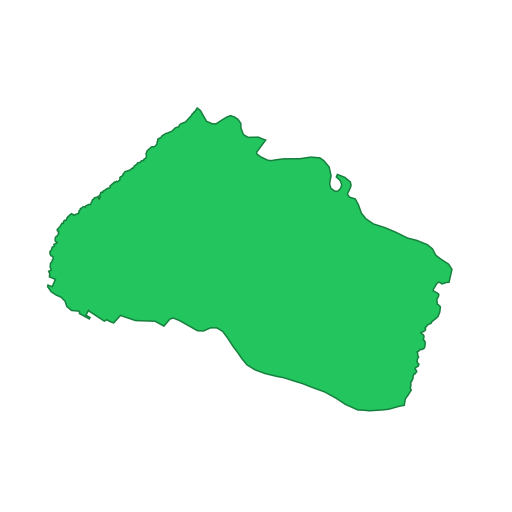 Ysyk-Ata, Chuy, Kyrgyzstan (Albers equal-area conic projection), rotated 292°
{"feature_id": "92254566B31675215078110", "entity_name": "Ysyk-Ata", "entity_type": "district", "adm_level": 2, "iso_a3": "KGZ", "parent_name": "Kyrgyzstan", "parent_adm1": "Chuy", "projection": "albers", "projection_center": [74.932, 42.711], "detail": "fine", "context": "isolated", "style": "filled", "palette": "green", "viewbox_px": 512, "rotation_deg": 292, "n_neighbors": 0, "source": "geoboundaries", "source_scale": "gbopen_adm2", "svg_char_len": 5973}
<svg xmlns="http://www.w3.org/2000/svg" viewBox="0 0 512 512"><g transform="rotate(292 256 256)"><path d="M164.1,69.5L162.3,71.4L159.2,72.3L159.2,78.8L151.2,78.5L151.1,74.0L149.5,74.3L146.1,79.6L144.9,85.5L144.8,90.8L142.5,96.0L138.3,99.5L136.4,105.4L138.4,111.9L138.1,113.4L136.5,113.8L135.2,125.0L136.8,125.1L137.4,120.5L142.9,121.1L142.3,122.2L138.8,139.8L141.0,141.4L140.5,145.1L140.6,149.1L150.1,152.6L151.0,168.5L157.7,186.7L156.5,196.9L165.3,199.8L167.5,202.6L167.5,209.2L166.3,218.3L164.8,229.7L166.8,235.4L172.4,240.8L174.7,246.7L173.6,253.4L169.4,260.3L163.7,268.4L159.2,275.9L155.6,281.2L151.7,288.4L150.1,297.7L150.4,308.4L152.2,320.6L153.6,327.5L154.5,339.8L155.1,346.4L155.2,356.8L155.7,370.5L154.1,383.7L151.9,394.5L151.4,408.1L153.2,413.1L155.0,419.2L161.2,432.0L163.8,436.7L170.3,445.0L173.1,449.4L178.3,448.2L179.4,448.1L181.0,448.3L183.5,449.0L189.9,450.2L191.4,448.4L192.8,448.4L194.4,447.8L194.9,447.8L195.2,447.6L195.8,447.3L196.2,447.0L197.5,446.7L197.8,447.2L198.3,447.1L198.5,447.3L199.4,447.3L199.7,447.2L200.2,447.4L201.5,447.4L201.8,447.3L202.3,446.8L203.1,446.8L204.1,446.5L204.5,446.7L205.5,446.6L206.1,447.5L208.0,448.0L208.6,448.3L209.1,448.3L209.4,447.9L209.8,447.6L210.3,447.0L210.8,445.7L211.5,445.6L212.0,445.7L212.4,446.1L213.0,446.2L213.7,447.0L214.3,447.3L214.6,447.6L214.8,447.5L215.2,447.7L215.5,447.5L216.3,447.7L216.8,447.5L217.3,446.0L218.5,444.8L218.8,444.9L219.2,444.5L220.5,444.3L222.0,444.3L222.2,444.5L223.0,444.7L223.4,444.5L223.5,444.0L223.9,443.8L224.7,443.0L226.1,442.5L227.4,441.3L228.7,442.4L230.2,443.1L230.9,443.0L231.1,444.1L231.6,444.6L231.7,445.2L232.2,445.3L232.8,446.2L234.3,446.6L236.1,446.2L236.5,446.2L239.8,445.0L240.8,443.5L240.9,442.4L242.7,442.3L244.6,441.8L245.5,440.8L246.6,437.6L248.0,438.6L248.8,439.8L249.8,440.4L251.1,440.8L252.1,440.4L252.1,440.2L252.6,439.7L257.3,441.4L258.2,442.7L259.6,443.7L260.4,443.4L266.2,446.6L268.3,447.4L272.8,447.4L278.0,446.0L279.3,442.9L279.4,441.9L281.6,441.0L283.0,440.0L284.2,440.0L285.5,440.2L287.4,440.3L289.0,439.8L289.5,438.4L290.2,433.3L291.3,432.9L294.9,433.5L296.9,433.7L298.6,434.2L300.2,435.1L300.3,436.9L299.7,438.8L303.0,442.8L303.9,444.8L317.0,442.7L320.6,437.6L322.3,428.8L324.1,422.3L328.7,417.0L330.7,410.6L330.7,399.2L329.4,389.9L330.4,376.6L330.6,365.1L329.7,352.9L331.7,343.9L335.2,337.7L341.9,331.7L346.1,326.6L345.6,320.6L347.6,317.5L354.0,317.9L357.1,317.7L360.0,315.7L362.2,308.8L362.1,300.9L359.3,300.9L358.6,303.1L357.3,306.0L354.2,308.8L350.2,309.1L346.7,307.5L345.6,304.7L346.9,300.0L350.2,297.4L353.5,296.5L358.4,295.6L365.9,290.5L369.8,283.2L370.9,278.5L368.3,269.9L362.5,260.0L356.5,245.4L352.7,238.5L350.4,234.9L349.2,231.4L349.7,223.2L350.8,218.8L352.4,217.7L367.1,221.5L367.0,220.4L367.0,216.9L367.1,213.7L363.0,204.1L363.9,198.8L368.9,194.2L373.3,192.2L376.0,188.0L376.8,184.0L376.6,179.8L374.0,177.0L370.2,174.1L363.6,169.5L362.2,166.0L362.4,159.6L370.1,149.9L371.2,146.0L370.9,146.0L370.5,146.3L369.5,145.6L368.4,145.6L366.6,145.0L366.4,144.6L366.1,144.5L366.0,144.8L365.2,144.5L364.2,143.9L363.5,143.6L361.5,143.4L360.1,142.7L359.9,142.7L354.0,140.5L353.4,140.0L352.2,138.6L350.0,136.5L348.9,136.1L347.4,135.9L346.6,135.6L346.2,135.2L345.0,133.6L344.6,133.3L343.9,132.8L342.4,132.3L340.4,131.3L339.4,130.6L338.3,129.3L336.8,127.9L336.1,126.8L334.9,125.8L332.3,123.9L330.1,123.4L329.8,123.1L328.7,122.0L327.5,121.2L327.0,121.3L326.3,121.6L323.9,121.8L323.7,122.0L323.0,122.2L322.4,122.2L319.8,121.2L319.2,120.8L318.9,120.3L318.5,119.0L318.1,118.3L313.3,115.9L312.5,115.7L309.9,115.7L309.5,115.8L308.0,116.8L307.3,117.0L305.6,117.2L305.4,117.1L304.7,116.5L304.1,116.2L303.8,115.9L303.3,115.8L302.8,116.0L302.5,116.0L302.3,115.8L301.8,114.7L301.5,114.3L300.8,113.9L299.8,113.7L299.5,113.6L298.7,112.5L298.7,112.3L298.4,111.8L297.9,111.3L296.7,111.2L294.7,110.0L294.2,109.6L293.3,109.4L291.6,109.4L291.3,109.3L291.1,109.1L291.3,108.5L290.6,108.0L288.6,107.1L287.0,105.1L286.2,104.4L285.4,103.1L284.4,102.6L283.8,102.7L282.6,102.3L282.0,102.0L281.7,102.0L281.0,102.3L280.5,102.3L279.7,101.6L279.4,101.4L278.8,100.8L278.3,100.7L277.9,100.4L275.8,101.2L275.5,101.2L274.4,100.6L273.6,100.3L273.3,99.9L272.9,99.7L273.0,99.0L272.9,98.5L272.5,98.3L271.8,98.1L271.7,97.6L271.5,97.1L270.9,96.7L270.4,96.8L270.0,96.4L268.7,95.7L268.2,95.3L267.4,95.2L267.0,94.9L266.1,94.4L264.7,95.1L264.0,94.5L263.6,93.5L262.0,92.1L261.6,92.1L258.6,89.8L258.3,89.9L258.0,90.1L257.7,90.1L257.4,89.8L257.3,89.2L257.0,88.6L256.5,88.3L255.6,88.6L253.6,88.2L253.1,88.3L252.3,89.6L250.0,89.3L250.0,89.1L250.4,88.6L250.9,88.1L251.8,87.6L252.1,87.3L251.9,87.2L251.2,86.8L250.5,86.0L250.0,85.0L248.9,84.2L247.9,84.0L246.8,83.3L246.4,83.4L245.1,83.4L244.0,83.2L243.0,83.4L241.6,83.2L241.5,82.9L241.1,81.5L241.0,81.3L239.9,80.9L239.6,80.2L239.0,79.5L237.4,79.4L237.1,79.3L237.3,78.0L237.1,77.5L236.7,77.2L235.7,76.6L234.9,76.4L234.5,75.6L233.8,75.4L233.1,75.8L231.8,75.1L231.4,75.0L230.7,75.3L229.9,75.3L229.7,75.6L229.4,75.6L229.1,75.6L228.5,75.1L227.8,74.0L226.6,72.8L225.9,72.6L225.6,72.3L225.5,72.0L225.8,71.4L225.9,71.0L225.9,70.3L226.0,69.8L226.2,69.3L225.8,68.9L224.7,68.1L223.9,67.9L222.5,67.2L222.2,67.2L221.9,66.9L221.4,66.9L221.3,66.7L220.4,66.5L219.2,66.7L218.3,66.7L218.1,66.5L217.4,65.2L216.9,65.2L216.2,64.6L215.4,64.7L215.1,64.9L214.1,65.2L213.8,64.7L213.7,64.1L213.3,63.7L211.2,63.5L209.7,63.2L207.8,62.4L207.0,62.2L206.0,61.8L205.7,62.3L205.0,62.3L204.7,63.8L203.5,64.0L203.2,64.5L202.1,64.5L201.0,64.3L200.0,64.0L199.2,63.4L197.8,63.1L196.9,63.3L194.6,64.2L194.4,64.6L194.4,65.3L194.2,66.5L193.4,66.4L191.0,64.2L190.2,64.9L189.3,65.4L188.3,64.1L187.5,63.7L185.0,64.1L184.4,63.9L183.9,63.6L182.9,63.3L182.5,63.5L181.9,63.6L181.2,64.0L180.4,64.6L179.7,65.4L179.4,65.9L179.5,66.7L179.4,67.6L178.5,68.5L177.5,69.1L177.2,69.1L176.3,68.6L175.3,69.0L174.5,68.7L173.5,68.8L172.6,68.2L171.9,68.2L170.7,68.7L168.7,69.2L167.4,70.3L167.1,70.8L166.8,71.2L166.3,71.3L165.7,71.1L164.9,70.0L164.1,69.5Z" fill="#22c55e" stroke="#15803d" stroke-width="1.5"/></g></svg>